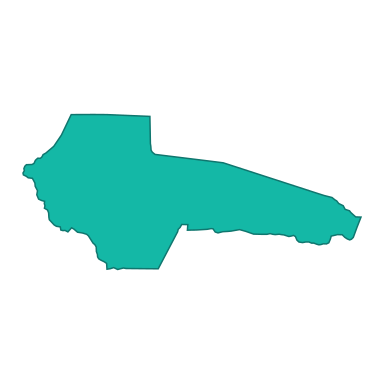 the district of Angicos, Rio Grande do Norte, Brazil
{"feature_id": "56859067B90087900248405", "entity_name": "Angicos", "entity_type": "district", "adm_level": 2, "iso_a3": "BRA", "parent_name": "Brazil", "parent_adm1": "Rio Grande do Norte", "projection": "orthographic", "projection_center": [-36.539, -5.642], "detail": "fine", "context": "isolated", "style": "filled", "palette": "teal", "viewbox_px": 384, "rotation_deg": 0, "n_neighbors": 0, "source": "geoboundaries", "source_scale": "gbopen_adm2", "svg_char_len": 1863}
<svg xmlns="http://www.w3.org/2000/svg" viewBox="0 0 384 384"><path d="M71.2,114.6L61.4,135.1L53.8,146.3L45.8,153.1L43.1,154.6L42.0,156.8L40.4,158.3L37.7,158.2L35.4,160.3L34.0,163.4L32.0,164.5L26.4,164.7L24.8,166.3L23.9,168.6L24.3,170.7L23.0,173.0L23.4,174.9L26.3,176.3L28.2,177.8L32.4,178.3L34.9,183.0L35.2,186.3L37.5,190.7L36.8,194.8L38.6,199.1L41.6,200.5L44.6,201.3L44.3,203.7L45.0,205.8L44.4,208.2L47.5,210.0L48.6,212.8L48.9,217.4L49.3,219.7L51.9,222.5L54.1,224.9L56.4,226.3L60.3,226.9L60.8,230.0L62.9,230.6L65.0,230.4L67.9,231.9L71.6,227.8L73.9,229.1L77.5,232.2L82.5,233.0L86.7,234.3L88.4,235.8L93.1,243.2L94.8,244.6L96.2,246.9L96.4,251.6L97.4,254.4L97.6,256.9L98.7,258.8L100.6,260.0L104.3,261.8L106.6,263.4L107.0,269.2L110.3,268.7L113.7,267.6L117.7,269.5L120.2,268.8L123.5,268.0L126.0,268.5L158.2,268.8L177.6,231.8L178.2,229.3L180.1,227.4L181.7,224.5L187.8,224.6L187.4,230.2L189.8,230.1L195.9,230.0L202.6,229.6L207.2,229.3L211.1,228.6L213.0,228.8L215.2,232.0L218.0,232.9L222.7,231.7L228.0,231.4L231.1,231.1L239.6,229.6L245.9,231.4L253.6,234.1L261.5,234.3L267.0,234.3L270.1,233.6L272.9,234.3L275.2,234.6L279.3,234.2L281.2,234.6L283.9,234.9L286.3,235.7L288.9,236.5L291.5,236.0L293.5,235.4L295.4,236.5L296.9,240.1L298.9,242.0L302.6,242.6L305.6,242.0L309.0,242.0L311.5,243.1L313.8,243.1L316.7,244.2L318.8,244.8L320.8,244.6L323.3,243.8L326.5,243.9L328.8,242.8L330.3,239.3L331.2,236.1L335.5,235.1L337.4,234.6L340.1,234.7L342.2,234.7L344.8,237.3L347.2,238.9L349.7,239.9L351.5,239.2L353.3,237.4L357.0,227.3L361.0,217.1L355.7,216.9L353.2,214.7L350.8,212.5L349.5,210.8L345.1,209.3L343.2,205.7L338.7,203.5L336.7,200.9L335.0,199.9L332.0,197.5L324.1,195.5L317.2,193.3L223.2,162.8L208.0,160.9L155.0,154.4L152.3,152.2L151.1,150.2L150.8,146.2L150.4,143.6L149.9,116.4L145.1,116.2L106.8,114.6L93.6,114.5L71.2,114.6Z" fill="#14b8a6" stroke="#0f766e" stroke-width="1.5"/></svg>